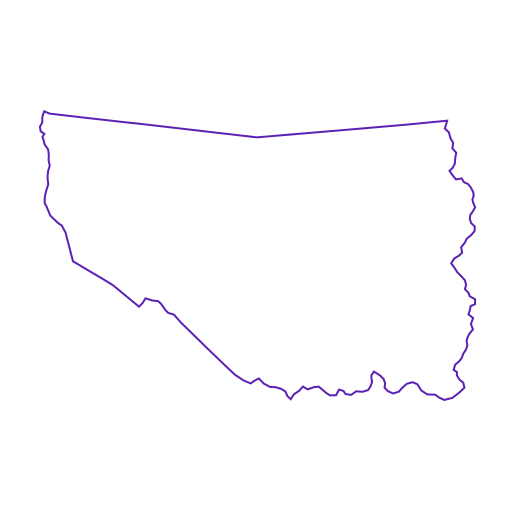 Adustina, Bahia, Brazil (Equal Earth projection), rotated 92°
{"feature_id": "56859067B2678119023213", "entity_name": "Adustina", "entity_type": "district", "adm_level": 2, "iso_a3": "BRA", "parent_name": "Brazil", "parent_adm1": "Bahia", "projection": "equal_earth", "projection_center": [-38.01, -10.577], "detail": "fine", "context": "isolated", "style": "outline", "palette": "violet", "viewbox_px": 512, "rotation_deg": 92, "n_neighbors": 0, "source": "geoboundaries", "source_scale": "gbopen_adm2", "svg_char_len": 2260}
<svg xmlns="http://www.w3.org/2000/svg" viewBox="0 0 512 512"><g transform="rotate(92 256 256)"><path d="M239.1,447.2L267.7,438.7L274.3,426.7L284.4,408.1L290.2,397.9L310.7,371.2L307.1,367.8L302.2,365.0L304.1,357.9L304.5,352.3L306.9,349.4L310.1,346.9L313.2,344.6L315.9,341.8L317.4,336.1L321.4,332.2L324.3,329.6L350.4,301.0L356.3,294.4L365.2,284.5L375.4,272.9L381.0,263.7L383.5,256.9L380.8,253.3L378.3,248.9L383.2,243.8L386.4,237.3L386.4,232.0L387.8,226.4L390.4,221.8L394.8,219.8L397.9,216.3L392.7,213.1L389.1,208.0L384.8,204.6L387.5,199.7L385.0,193.4L384.4,188.6L387.3,185.0L390.2,181.3L392.7,177.3L392.4,171.2L386.6,168.3L387.8,163.9L390.8,161.7L391.5,156.1L387.7,151.1L388.0,144.8L386.1,139.3L382.3,137.0L377.8,135.6L374.6,136.3L371.2,136.5L367.4,134.1L370.9,128.1L374.4,124.2L378.7,122.5L383.1,122.9L386.4,119.6L388.6,114.2L386.6,108.5L382.8,105.4L378.4,100.8L376.7,95.1L378.5,90.3L384.6,86.1L388.4,79.9L388.3,72.2L391.1,68.0L393.3,62.9L390.9,54.7L385.4,48.1L380.3,43.1L375.3,44.5L372.4,48.4L368.3,51.1L365.0,51.1L362.9,54.5L357.8,53.2L353.7,48.9L350.5,46.7L346.3,45.4L342.1,42.8L337.9,41.7L333.5,42.6L329.6,41.6L326.3,40.0L321.8,36.6L316.4,38.9L310.5,36.8L306.9,41.6L302.7,40.4L298.5,39.7L296.6,35.5L291.6,35.5L288.7,41.1L285.5,42.3L281.9,46.0L277.4,45.0L272.9,46.4L268.8,50.4L265.2,54.2L260.8,57.3L256.5,60.7L251.6,57.8L248.3,52.8L245.4,50.1L240.2,51.3L235.1,47.6L231.3,46.0L227.6,41.7L223.6,38.5L219.1,38.3L215.5,42.1L211.6,43.6L207.8,43.4L204.2,41.1L199.7,38.7L195.2,40.8L191.9,41.7L188.5,40.6L184.7,41.1L179.9,43.8L176.6,46.7L175.1,50.6L171.3,53.2L172.5,58.8L167.8,62.9L164.1,65.6L161.2,62.6L156.7,60.5L151.0,60.3L145.8,59.5L141.6,63.5L136.0,62.9L131.5,65.8L125.7,67.5L122.1,71.7L118.1,70.7L114.1,69.7L119.5,110.4L127.0,172.4L137.4,259.3L133.2,311.6L128.1,374.6L127.0,390.0L126.5,396.8L125.4,410.7L123.5,435.3L123.0,441.2L121.8,456.2L120.9,467.3L118.8,472.7L124.3,474.4L130.1,474.3L134.5,476.5L139.0,475.5L141.3,471.7L144.3,473.6L148.3,472.1L151.8,471.2L156.7,467.5L162.1,466.6L167.5,466.6L173.1,465.3L177.8,466.6L181.2,467.0L185.8,467.0L191.6,466.1L196.5,467.5L201.5,468.7L206.2,469.2L210.7,469.0L214.6,466.7L218.2,465.1L222.8,463.0L226.3,459.1L229.8,455.2L232.4,451.1L235.5,449.4L239.1,447.2Z" fill="none" stroke="#5b21b6" stroke-width="2"/></g></svg>